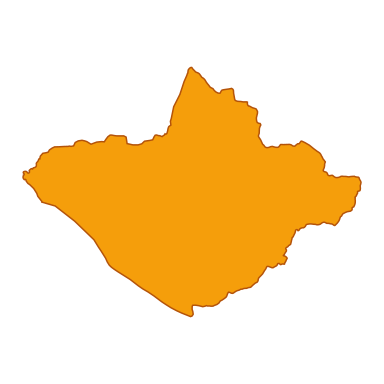 Sopbao, Houaphan, Laos (Mercator projection)
{"feature_id": "54806243B20736296010663", "entity_name": "Sopbao", "entity_type": "district", "adm_level": 2, "iso_a3": "LAO", "parent_name": "Laos", "parent_adm1": "Houaphan", "projection": "mercator", "projection_center": [104.423, 20.651], "detail": "fine", "context": "isolated", "style": "filled", "palette": "amber", "viewbox_px": 384, "rotation_deg": 0, "n_neighbors": 0, "source": "geoboundaries", "source_scale": "gbopen_adm2", "svg_char_len": 5989}
<svg xmlns="http://www.w3.org/2000/svg" viewBox="0 0 384 384"><path d="M190.6,316.6L192.2,315.9L193.2,314.2L192.8,311.5L192.1,309.3L192.2,306.3L192.7,305.3L194.1,305.2L195.6,305.2L198.9,305.7L202.8,306.7L205.0,306.2L206.4,305.6L207.3,306.0L209.8,306.0L210.8,306.2L211.8,306.2L213.1,306.1L214.2,305.5L216.9,304.5L218.1,303.6L218.7,303.3L220.2,301.1L220.7,300.7L221.6,300.4L224.4,298.5L225.3,297.8L226.3,296.9L226.8,295.9L227.7,293.4L228.5,292.2L228.9,292.2L229.7,292.4L231.3,293.2L232.2,293.3L232.8,293.3L233.5,293.0L234.4,292.3L236.6,290.9L239.5,290.0L240.4,289.4L240.9,289.2L241.8,289.2L242.8,289.0L243.4,288.6L244.6,288.4L246.7,288.3L248.1,287.7L250.5,287.3L251.0,287.0L251.7,286.3L252.8,285.2L255.4,283.0L257.0,282.3L257.6,281.6L258.1,280.5L258.2,279.4L258.7,278.0L259.6,277.0L261.0,275.6L262.6,273.9L264.6,270.5L265.6,269.2L266.8,266.7L267.2,266.4L268.1,266.4L269.0,266.6L271.9,267.7L273.1,267.7L274.9,266.6L276.5,265.8L277.3,264.8L277.5,264.0L277.8,263.6L278.5,263.5L279.3,263.5L280.4,264.6L280.9,264.6L282.2,264.0L283.5,264.0L283.9,264.2L284.3,264.2L284.6,263.9L284.7,263.1L285.8,261.3L286.3,259.9L287.1,258.5L287.1,258.2L286.9,257.7L285.8,256.6L284.7,256.0L283.8,255.8L283.4,255.6L283.4,255.4L284.2,254.6L284.9,253.3L286.4,251.0L286.4,249.9L285.7,248.9L285.8,248.3L286.4,247.5L287.7,246.8L288.8,245.5L290.0,244.8L290.6,244.3L291.3,241.6L291.5,240.5L292.0,238.7L292.1,237.9L292.3,237.5L292.8,237.2L293.3,236.4L294.1,234.7L295.0,232.9L295.3,231.8L295.6,230.2L296.0,229.9L296.7,229.6L297.3,229.7L298.0,230.7L298.5,230.6L299.1,230.1L300.0,228.7L301.2,228.1L302.3,227.8L303.5,227.8L304.4,227.3L305.4,226.3L306.0,225.0L306.8,224.4L308.3,224.1L310.0,223.9L311.8,224.0L313.9,224.3L315.3,224.3L316.4,224.7L317.8,224.8L319.4,224.5L320.2,224.2L322.3,222.7L323.3,222.3L324.0,222.2L324.8,222.3L326.7,223.3L329.0,223.4L330.3,223.8L331.5,223.9L332.6,224.3L333.8,225.2L334.5,225.5L335.0,225.4L337.3,223.1L338.7,221.2L339.5,219.6L339.9,218.2L340.5,216.8L341.6,216.0L342.3,214.6L343.1,213.6L344.2,213.1L345.5,212.4L347.3,211.7L350.3,211.2L351.3,210.6L352.1,209.8L352.1,207.9L352.4,207.5L353.8,206.8L354.7,204.8L355.2,202.9L355.3,200.7L355.1,199.2L355.2,198.4L355.2,197.7L355.0,197.3L355.1,197.0L355.6,196.6L356.2,196.0L356.5,195.5L356.7,194.4L357.2,194.0L357.5,193.4L357.6,191.5L358.2,191.2L359.1,191.0L359.8,190.7L360.2,190.0L360.4,188.4L360.2,185.7L360.6,184.5L361.0,182.6L360.9,181.9L360.5,180.9L359.9,180.0L359.4,178.9L359.0,177.7L358.4,177.2L356.4,177.0L355.1,176.7L354.4,176.3L352.2,176.4L350.1,176.6L349.1,176.9L348.1,176.8L346.4,176.5L345.2,176.4L343.7,176.4L342.0,176.2L340.8,176.4L339.8,177.0L338.5,177.4L336.9,177.6L335.7,177.5L334.4,176.9L332.7,175.5L332.2,175.3L330.9,175.4L330.4,175.6L329.5,175.7L328.9,175.6L328.2,175.2L327.6,174.6L327.5,173.8L327.0,172.9L326.4,172.3L325.3,171.9L324.3,171.6L323.8,171.3L323.3,170.8L323.2,170.2L323.6,169.1L324.2,167.7L324.6,165.6L324.6,164.3L324.8,163.4L325.1,162.5L325.3,162.1L325.3,161.8L324.9,161.4L324.2,160.3L323.2,159.2L322.1,156.9L321.3,155.6L320.8,154.4L319.7,153.0L318.6,152.2L317.3,151.4L313.7,148.7L309.4,145.2L304.9,142.6L301.7,141.1L300.9,141.3L300.0,142.6L299.1,143.7L297.6,143.8L295.3,145.6L294.8,146.2L294.1,146.2L292.7,145.9L291.3,144.9L289.7,144.4L286.5,144.5L283.5,144.6L281.0,144.5L280.5,144.6L279.2,146.4L278.3,147.2L277.1,147.4L275.1,147.2L273.4,146.7L272.3,146.4L270.5,146.7L269.2,147.3L267.8,147.6L266.6,147.6L265.2,147.1L263.7,145.1L262.6,144.2L261.7,142.2L260.8,140.2L259.9,138.7L259.1,137.6L258.5,136.6L258.5,135.3L259.2,133.3L259.4,128.5L260.0,126.5L260.7,125.3L260.7,124.5L260.1,123.5L258.6,123.3L257.2,122.4L256.7,121.2L256.4,119.1L256.4,117.7L257.5,113.1L257.5,111.4L256.2,109.0L255.0,108.5L252.4,107.7L249.5,106.1L248.6,106.0L247.9,105.4L247.4,103.9L247.4,102.1L246.8,101.9L243.1,101.9L240.9,101.5L237.6,101.3L236.0,100.8L235.0,100.1L234.7,99.3L233.6,93.2L233.5,91.3L233.4,90.2L232.8,89.2L231.6,88.4L229.3,88.9L223.7,89.7L222.0,90.1L221.2,91.0L220.4,92.6L220.0,93.2L219.1,93.2L217.9,93.0L215.8,91.9L214.2,90.4L212.9,88.6L211.4,87.9L210.1,87.1L208.7,85.2L207.6,83.9L206.3,82.2L205.1,80.1L204.2,79.0L203.3,78.2L201.7,77.2L200.8,75.8L199.4,73.9L198.4,73.1L195.5,71.9L194.7,70.9L192.9,69.1L192.3,68.2L191.8,67.5L191.1,67.4L190.2,67.8L189.5,68.3L188.4,69.6L188.1,70.6L187.8,73.1L187.5,73.4L186.7,75.7L184.1,81.6L179.9,94.4L173.7,106.7L171.3,118.4L170.4,121.3L170.9,125.1L168.9,126.5L168.5,127.2L168.0,128.8L167.7,130.6L167.2,132.5L166.9,133.3L166.6,133.8L166.0,134.0L165.3,134.2L165.0,133.9L164.3,135.1L163.2,135.7L162.1,136.6L159.8,135.7L158.4,135.6L156.6,135.0L155.2,135.2L154.1,136.8L152.7,139.8L150.0,140.4L144.5,141.2L141.8,143.8L138.1,144.9L133.0,144.9L127.1,143.6L126.1,137.1L123.8,135.9L116.8,135.9L114.5,135.6L111.8,135.1L110.1,135.1L107.9,136.7L106.0,139.2L104.3,141.8L101.5,141.6L96.7,142.1L91.0,144.2L86.8,141.6L84.7,140.9L82.0,140.3L78.2,140.9L75.2,142.5L73.6,145.9L71.1,146.4L69.4,146.1L68.1,146.4L64.1,146.5L58.8,146.8L54.6,146.9L52.1,148.1L49.5,149.9L48.1,152.2L45.8,152.8L42.8,153.3L40.3,156.2L39.8,158.8L39.4,158.7L39.0,158.9L38.7,159.3L38.4,160.2L38.3,160.6L37.6,161.6L36.6,162.8L36.3,163.4L36.4,164.6L36.3,166.0L36.2,166.3L36.0,166.7L35.0,167.4L33.3,167.9L33.1,168.1L32.7,168.9L32.5,169.0L31.9,168.7L31.3,168.7L30.9,168.9L30.5,169.3L29.5,170.1L29.3,170.4L29.2,170.7L29.3,171.2L29.5,171.7L29.4,172.4L29.0,172.8L28.6,173.1L27.9,173.0L27.5,172.8L26.9,171.9L26.6,171.6L26.0,171.4L25.4,171.3L24.6,171.4L23.7,171.7L23.3,172.2L23.3,172.9L24.2,174.0L24.2,174.3L24.1,174.7L23.9,175.0L23.4,175.1L23.4,175.7L23.0,177.1L23.4,178.6L24.0,179.3L24.3,179.6L24.7,179.7L25.2,179.4L25.5,179.4L25.8,179.7L26.0,180.0L26.2,181.1L27.9,183.4L29.8,184.7L33.7,188.5L36.8,193.4L37.8,196.3L41.8,201.4L41.8,202.1L55.2,206.0L74.6,221.1L93.9,239.7L98.6,247.3L100.9,250.7L105.6,258.2L107.3,262.0L109.3,265.2L111.4,267.2L114.1,269.2L118.0,271.8L130.2,279.5L138.2,285.7L142.8,288.9L148.1,292.0L153.9,295.9L161.9,301.9L166.3,304.8L171.1,307.8L176.8,310.8L181.8,313.1L190.6,316.6Z" fill="#f59e0b" stroke="#b45309" stroke-width="1.5"/></svg>